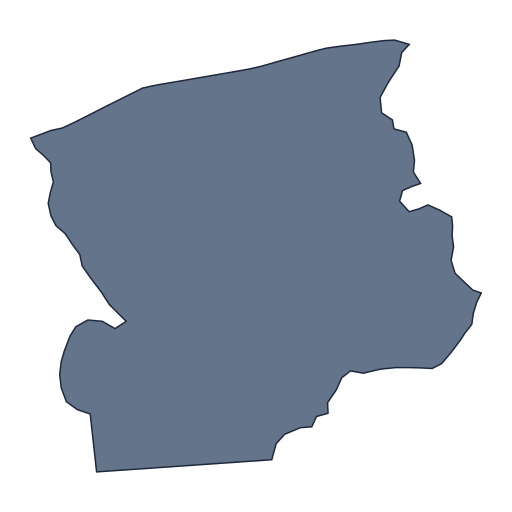 the district of São Domingos, Paraíba, Brazil
{"feature_id": "56859067B84117834141491", "entity_name": "São Domingos", "entity_type": "district", "adm_level": 2, "iso_a3": "BRA", "parent_name": "Brazil", "parent_adm1": "Paraíba", "projection": "mercator", "projection_center": [-37.944, -6.804], "detail": "fine", "context": "isolated", "style": "filled", "palette": "slate", "viewbox_px": 512, "rotation_deg": 0, "n_neighbors": 0, "source": "geoboundaries", "source_scale": "gbopen_adm2", "svg_char_len": 1331}
<svg xmlns="http://www.w3.org/2000/svg" viewBox="0 0 512 512"><path d="M96.6,471.9L271.8,459.7L276.1,443.8L284.6,434.3L300.3,427.7L311.8,426.8L316.5,416.5L328.0,413.3L327.6,402.6L336.2,390.0L341.8,377.7L350.5,370.9L363.3,373.2L380.6,369.1L395.7,367.6L409.3,367.6L421.0,367.9L432.2,368.5L441.7,363.6L451.3,352.2L460.3,340.2L465.1,332.9L471.8,324.3L473.3,313.6L476.6,302.5L481.3,293.0L472.7,290.0L465.1,282.9L455.1,273.3L451.1,260.4L453.6,246.7L452.1,235.7L452.6,226.1L451.7,216.9L439.8,210.2L427.9,204.9L418.8,208.9L409.1,211.7L399.6,201.2L402.6,190.5L411.7,186.6L420.6,183.4L413.4,172.1L414.5,160.2L412.1,145.0L406.3,132.2L394.0,128.9L392.4,119.9L381.6,112.8L380.1,97.4L388.1,82.8L399.1,65.9L401.7,52.6L409.3,44.4L394.8,40.1L383.8,40.6L369.1,42.5L356.1,44.4L339.5,46.3L326.7,48.1L318.1,50.2L278.9,61.2L260.3,66.5L247.8,69.3L222.0,73.8L155.7,85.2L142.7,88.0L104.0,107.3L94.5,112.2L73.7,122.7L62.0,128.1L51.2,130.4L30.7,138.1L35.7,148.7L43.6,155.5L50.6,162.8L51.0,171.8L53.4,181.9L50.3,192.6L48.2,203.4L51.0,216.0L56.0,225.7L65.3,233.8L72.6,244.8L79.8,254.6L82.2,266.0L90.6,278.0L100.9,291.5L109.4,304.6L118.0,313.2L126.2,321.3L115.0,328.6L102.3,321.3L87.8,320.0L75.9,326.7L70.2,335.7L64.4,350.7L61.2,361.7L59.7,374.3L61.2,387.8L66.4,401.7L77.4,409.7L90.2,414.0L96.6,471.9Z" fill="#64748b" stroke="#1e293b" stroke-width="1.5"/></svg>